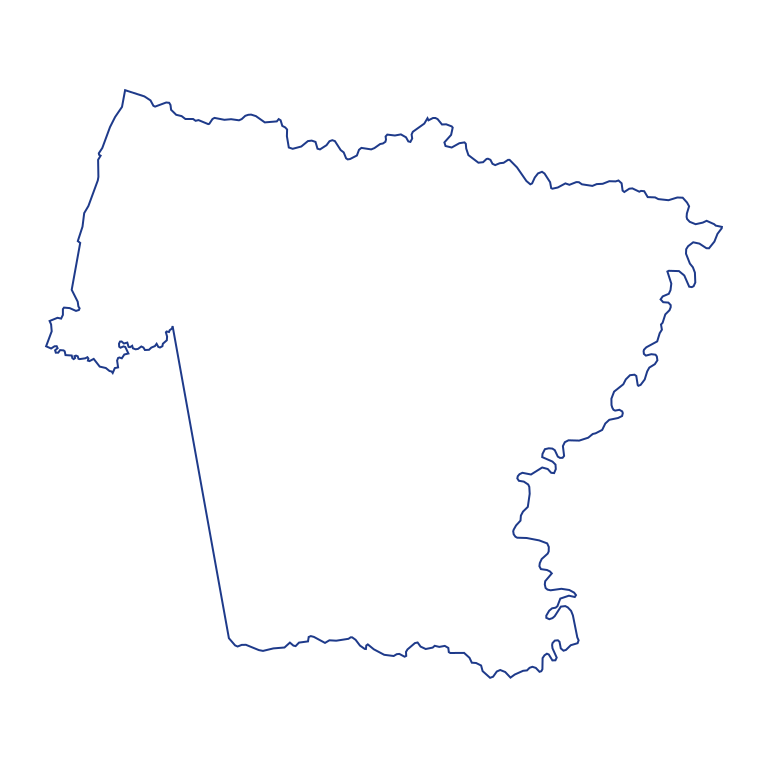 the district of San Carlos De Guaroa, Meta, Colombia
{"feature_id": "7082276B46301528303112", "entity_name": "San Carlos De Guaroa", "entity_type": "district", "adm_level": 2, "iso_a3": "COL", "parent_name": "Colombia", "parent_adm1": "Meta", "projection": "robinson", "projection_center": [-73.244, 3.837], "detail": "fine", "context": "isolated", "style": "outline", "palette": "blue", "viewbox_px": 768, "rotation_deg": 0, "n_neighbors": 0, "source": "geoboundaries", "source_scale": "gbopen_adm2", "svg_char_len": 6071}
<svg xmlns="http://www.w3.org/2000/svg" viewBox="0 0 768 768"><path d="M51.1,348.5L54.5,346.3L56.7,346.2L57.6,348.2L55.1,350.3L55.8,352.7L58.2,352.7L60.1,350.1L63.6,350.4L64.7,351.3L65.5,355.1L71.7,355.5L72.4,358.2L73.7,359.1L75.1,358.0L74.5,356.2L76.0,355.6L77.7,356.3L78.5,358.8L79.6,359.1L85.3,358.3L87.4,357.2L88.4,358.5L87.9,360.6L89.5,361.1L93.7,358.9L99.7,366.6L105.8,368.0L109.5,371.0L111.6,371.5L112.7,373.0L114.8,368.1L118.1,367.4L117.1,360.6L118.1,358.0L119.4,357.5L121.8,358.3L124.3,354.5L128.4,353.5L125.3,347.0L123.5,346.4L120.5,347.7L119.2,346.7L119.0,343.7L120.0,341.6L121.6,341.5L123.9,343.5L127.3,342.6L128.6,346.9L130.0,347.2L132.2,345.8L132.9,348.3L135.6,349.3L138.0,348.9L141.3,346.5L143.4,347.5L144.9,350.0L149.0,349.8L151.3,347.6L154.9,346.1L156.6,343.8L158.3,346.9L160.0,347.5L162.4,346.2L162.9,343.7L166.8,340.3L167.1,336.6L165.9,332.3L166.6,331.5L169.0,332.0L169.7,330.2L172.0,328.5L172.6,326.1L228.9,638.2L235.1,645.4L237.6,646.5L241.7,644.9L245.9,644.8L258.9,650.1L263.0,650.9L273.4,648.4L284.5,647.5L289.9,642.6L293.4,645.6L295.6,646.1L299.0,642.6L308.0,641.4L308.7,637.0L310.8,636.1L313.9,636.9L325.0,642.9L329.4,640.3L336.3,640.7L348.5,638.8L350.7,637.3L352.1,637.3L355.6,639.8L360.0,645.6L364.7,648.9L365.9,649.0L366.3,645.5L367.8,644.4L373.8,649.3L384.2,654.8L393.7,656.0L396.7,654.2L399.3,653.9L404.6,656.7L406.2,655.9L406.0,651.9L407.5,649.4L414.9,643.1L417.6,642.5L420.6,646.6L425.7,649.0L432.7,647.6L434.7,645.8L439.3,646.9L444.8,645.9L448.3,647.9L448.8,652.1L450.3,653.0L464.1,652.9L469.5,657.8L471.8,662.7L476.1,663.0L481.1,665.5L482.6,671.1L490.1,677.8L493.1,676.7L496.8,671.5L500.2,670.0L505.2,672.0L510.5,677.6L514.8,674.5L523.1,670.8L527.0,670.4L529.6,667.8L532.4,666.8L535.8,667.9L539.5,671.8L541.3,671.2L542.4,669.2L542.6,658.1L544.5,655.3L546.9,653.7L548.8,654.5L552.4,660.4L555.4,660.3L556.7,657.6L552.5,648.3L552.1,645.1L552.5,643.1L554.8,640.6L557.9,640.3L559.5,641.8L560.8,648.4L563.5,650.7L566.0,649.9L570.8,645.2L577.6,643.2L578.6,640.3L577.3,637.4L572.9,615.4L571.1,610.9L567.8,607.4L565.3,606.1L560.9,606.6L554.7,616.2L552.5,618.1L549.3,619.2L546.3,617.8L546.3,615.6L549.2,610.7L552.1,608.3L555.6,607.7L557.4,606.2L560.3,598.6L568.9,595.7L574.8,597.0L576.0,595.1L574.1,592.6L569.3,590.0L561.4,588.8L550.6,590.3L547.5,589.6L545.6,588.0L544.8,584.4L545.2,581.2L551.8,573.4L549.9,571.4L547.0,570.0L540.9,569.1L539.4,566.2L539.8,563.1L541.7,559.0L547.7,553.6L548.7,551.4L548.8,547.0L547.2,543.4L539.2,540.4L526.7,538.0L517.2,537.7L515.4,536.7L513.7,534.3L513.2,531.3L513.7,529.6L516.1,525.4L520.5,520.6L520.9,515.6L523.0,511.6L527.8,506.9L529.7,493.8L529.3,486.9L528.2,484.5L523.8,481.6L518.9,480.8L517.3,478.4L517.8,476.2L519.5,474.2L522.4,472.8L531.0,474.5L542.2,467.5L547.7,469.0L551.2,472.8L554.1,473.1L555.8,469.1L555.5,464.6L552.5,461.6L542.2,457.1L542.5,453.9L544.9,449.2L548.8,448.3L552.4,448.6L554.8,450.2L557.8,456.6L560.0,457.9L562.6,457.8L564.1,455.9L562.9,446.1L564.8,442.2L568.5,440.3L579.2,440.6L588.2,437.7L592.7,434.0L595.6,433.3L602.2,429.9L605.3,423.5L609.3,419.8L618.1,418.0L622.1,416.0L622.8,413.1L622.2,411.4L619.4,409.8L615.1,410.6L613.5,409.8L612.3,407.7L611.5,405.1L611.4,398.7L614.1,391.6L623.3,384.3L625.8,379.4L630.0,375.2L634.5,374.7L636.3,376.0L637.7,385.0L638.4,385.8L640.6,384.9L644.7,379.5L647.2,371.4L649.3,367.6L654.8,364.2L657.4,360.3L656.8,356.4L655.5,354.7L651.3,354.2L645.9,355.6L643.9,353.9L643.6,351.2L644.0,349.7L646.3,347.3L657.2,341.4L659.7,333.2L661.9,329.7L661.0,324.5L662.6,322.8L665.3,314.4L669.5,310.2L670.7,307.2L670.7,305.1L668.4,302.6L663.2,302.2L660.6,299.4L662.7,296.4L668.8,293.8L670.5,290.1L671.3,283.6L667.4,271.5L668.8,270.8L679.0,271.1L684.3,275.5L689.2,286.7L691.8,287.1L693.6,286.2L695.3,282.5L694.9,272.6L692.9,267.3L689.9,263.6L686.0,253.7L686.2,249.2L688.1,246.2L693.2,242.3L699.4,243.6L706.4,248.2L709.0,248.3L714.4,241.6L717.5,233.8L721.7,228.3L721.9,226.9L715.7,225.6L714.2,224.2L706.6,220.8L702.8,222.6L695.6,224.2L689.7,221.8L687.1,219.0L686.6,216.9L686.9,213.4L689.1,206.3L687.0,202.5L682.7,197.7L677.3,197.5L668.5,200.2L658.3,199.1L655.1,197.4L647.7,197.1L644.2,191.2L641.0,190.9L639.3,191.7L632.4,188.4L629.3,188.7L624.3,192.0L622.6,190.6L621.6,183.3L618.5,180.5L615.6,181.4L609.3,181.2L602.7,183.8L596.7,184.1L592.4,185.9L581.9,184.3L578.9,182.2L576.3,182.1L569.4,184.8L565.4,183.4L557.8,187.5L552.4,188.7L551.2,188.1L550.1,182.2L544.5,173.5L542.0,171.8L538.0,173.4L534.8,177.5L532.1,183.4L530.3,184.3L526.4,181.0L517.0,167.4L509.6,159.9L508.0,159.9L503.6,162.8L499.8,163.2L495.2,165.1L492.5,163.8L490.4,159.8L487.9,158.7L486.5,159.0L483.1,162.2L478.4,162.7L468.4,155.1L466.2,148.5L465.8,143.8L464.5,142.4L459.4,143.2L451.7,147.5L445.5,146.0L444.4,142.4L451.1,134.9L452.7,127.6L451.7,126.4L446.2,124.3L442.0,124.5L437.6,119.1L435.4,118.0L433.0,118.0L428.5,120.3L427.5,118.2L424.3,123.6L412.8,131.8L411.6,134.5L412.2,138.5L410.4,141.9L408.3,141.4L406.0,137.3L400.9,134.4L394.9,135.5L387.3,134.6L385.6,136.5L386.0,139.5L385.4,141.8L382.9,143.5L380.2,144.0L374.4,148.1L371.2,149.4L361.4,147.9L359.0,149.8L356.9,155.5L350.1,159.0L347.7,159.4L346.1,158.3L343.7,152.4L340.7,150.1L334.9,141.1L332.3,140.2L329.5,141.2L326.5,145.2L320.0,149.4L317.5,148.7L315.5,141.9L311.7,140.6L307.9,141.1L301.3,146.5L292.7,148.8L288.8,147.5L286.9,136.2L287.1,129.5L285.2,127.4L282.3,125.9L280.6,120.3L278.7,119.1L276.8,121.4L264.8,122.4L255.9,116.1L251.1,114.6L248.3,114.8L245.3,115.8L241.7,119.1L239.0,120.3L231.1,119.2L224.4,119.8L214.5,117.9L212.5,119.0L209.3,123.8L208.2,124.1L198.5,120.1L195.6,120.8L193.1,119.0L185.4,119.0L181.6,116.1L176.2,114.8L171.1,109.8L170.5,105.0L169.2,102.8L166.2,102.5L155.1,106.6L153.4,105.8L150.5,100.4L144.4,96.4L125.1,90.2L122.0,106.9L115.1,117.0L110.0,127.1L102.3,148.0L98.8,153.3L99.1,154.8L100.6,155.7L98.1,159.8L98.4,176.9L97.8,180.4L88.4,206.0L84.2,213.1L82.5,226.7L77.8,241.1L80.2,242.9L71.7,289.8L77.7,301.7L78.4,306.5L79.6,308.3L78.9,310.0L76.0,310.9L69.7,308.1L64.0,307.6L62.9,309.1L62.9,314.9L61.1,318.6L57.5,317.8L49.6,321.0L51.1,324.4L51.7,331.3L46.1,346.3L51.1,348.5Z" fill="none" stroke="#1e3a8a" stroke-width="2"/></svg>